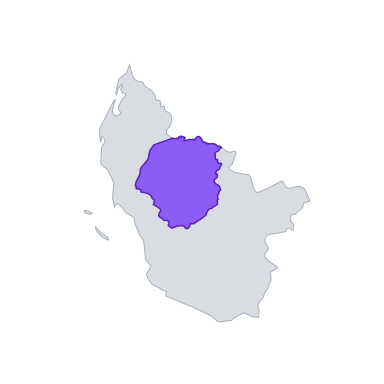 location of Olancho within Honduras, rotated 250°
{"feature_id": "HND-642", "entity_name": "Olancho", "entity_type": "Department", "adm_level": 1, "iso_a3": "HND", "parent_name": "Honduras", "parent_adm1": "", "projection": "equal_earth", "projection_center": [-86.074, 14.814], "detail": "fine", "context": "in_parent", "style": "filled", "palette": "violet", "viewbox_px": 384, "rotation_deg": 250, "n_neighbors": 0, "source": "natural_earth", "source_scale": "10m", "svg_char_len": 6461}
<svg xmlns="http://www.w3.org/2000/svg" viewBox="0 0 384 384"><g transform="rotate(250 192 192)"><path d="M332.6,176.8L320.9,175.8L315.4,177.7L313.0,182.0L311.0,183.9L309.3,183.4L305.8,185.1L300.5,188.9L295.8,190.3L291.5,189.4L290.3,190.3L290.0,191.5L289.3,192.7L287.7,193.4L285.8,193.0L283.7,191.7L282.5,192.3L282.4,194.7L281.3,195.4L279.1,194.2L276.7,195.1L274.0,198.0L270.2,198.7L265.2,197.0L261.4,193.8L258.7,189.1L255.5,187.9L249.9,191.4L247.5,195.5L247.0,198.0L247.5,200.2L246.5,201.7L243.9,202.5L241.9,205.3L240.5,210.1L240.3,213.8L241.1,216.4L239.8,218.3L236.3,219.5L232.3,223.6L227.6,230.7L222.9,235.6L218.3,238.4L216.1,241.5L216.2,244.9L216.0,245.9L215.1,246.3L213.6,246.8L204.6,239.4L202.0,234.2L199.8,235.0L197.0,237.6L193.1,243.4L188.8,251.4L186.8,252.2L176.2,251.1L170.6,251.8L169.4,252.8L168.9,255.7L169.2,259.6L170.7,273.5L171.6,279.3L170.7,281.0L167.9,281.3L164.2,282.1L162.1,284.8L161.7,287.5L161.5,291.2L160.3,295.1L158.0,298.0L155.7,299.0L143.1,299.7L143.3,293.2L139.7,290.6L137.6,285.3L135.8,281.6L136.4,279.4L136.2,276.8L131.1,274.8L126.2,276.4L123.5,275.4L121.4,274.0L125.0,270.8L125.2,268.9L124.1,267.5L122.9,266.5L123.3,262.9L124.0,258.7L126.0,248.7L125.3,247.0L122.1,244.0L118.0,243.7L113.5,244.7L111.3,243.1L109.4,239.7L106.3,238.1L100.6,240.8L94.5,244.9L92.7,246.4L91.2,246.2L90.5,243.1L90.2,239.5L89.8,238.6L86.6,237.3L82.9,236.4L81.0,235.4L79.2,232.9L74.7,229.7L73.7,227.3L67.8,221.9L66.6,219.2L65.2,217.2L62.4,214.7L60.1,215.3L52.5,212.2L51.4,211.9L52.5,209.2L54.9,205.0L60.1,200.3L60.6,196.5L59.2,189.2L57.9,184.5L58.6,182.4L60.3,173.9L61.6,171.9L69.1,167.6L69.8,167.0L75.8,161.0L82.4,154.4L89.3,147.0L96.9,138.8L101.2,134.0L103.1,132.0L107.5,133.7L111.0,129.8L113.0,128.5L117.7,123.9L119.1,122.8L126.9,120.9L130.7,121.0L134.0,125.7L136.6,128.3L141.6,126.0L145.7,125.6L162.8,129.9L169.6,128.0L182.1,127.6L187.7,128.7L195.7,122.5L200.8,121.2L206.7,118.3L205.9,115.4L204.5,114.0L213.6,115.3L227.2,121.6L241.7,120.5L246.9,117.1L250.2,116.1L265.1,122.6L269.0,127.5L272.0,128.0L274.4,126.9L275.0,125.9L272.1,124.8L270.8,123.2L282.5,126.3L304.5,149.7L305.0,151.6L295.6,144.7L290.6,145.2L289.3,146.4L289.6,150.1L290.1,151.9L292.2,152.1L293.8,151.1L297.6,152.3L300.2,154.9L303.4,158.7L305.2,162.9L307.3,163.0L309.2,160.5L313.0,160.1L315.4,163.0L317.1,162.8L314.7,158.4L309.0,154.1L310.4,153.9L323.0,161.7L326.5,171.5L329.5,173.8L332.6,176.8ZM184.9,92.5L177.7,97.3L175.4,97.2L178.7,93.5L184.1,90.4L188.6,88.8L192.3,89.5L184.9,92.5ZM209.7,87.5L206.2,91.0L205.6,89.4L207.3,86.2L209.4,84.3L211.4,84.5L210.9,85.9L209.7,87.5Z" fill="#d9dde1" stroke="#a8b0b8" stroke-width="1"/><path d="M249.2,192.0L248.5,192.9L248.1,193.8L247.8,196.1L247.7,196.5L246.8,196.9L247.0,197.5L248.3,198.6L247.3,199.9L247.0,200.4L248.2,200.4L248.1,200.6L247.9,201.4L246.2,203.5L245.3,204.1L244.5,203.3L243.8,202.3L243.0,202.0L242.6,202.9L242.4,204.6L242.3,207.7L242.2,208.1L241.1,209.5L241.1,209.9L241.2,210.8L241.1,211.2L239.9,212.5L240.6,213.1L241.4,214.1L242.0,215.3L242.1,216.7L241.5,217.7L240.6,218.4L239.5,218.9L238.3,219.2L236.6,219.2L236.2,219.3L235.1,220.0L234.7,220.1L234.4,220.5L234.2,220.9L233.9,221.4L233.8,221.8L233.7,222.0L233.0,222.0L232.8,222.0L232.3,222.6L231.8,223.5L231.4,224.4L231.1,226.0L230.7,227.2L230.2,228.3L229.7,229.2L228.5,230.4L227.7,231.0L226.1,231.6L225.8,232.4L225.7,233.4L225.3,234.2L224.5,234.6L223.7,234.7L223.1,232.7L222.9,232.5L222.6,232.1L222.2,231.8L221.8,231.4L221.6,230.9L221.5,230.3L221.5,229.6L221.3,228.3L221.0,227.6L220.6,226.9L219.9,226.1L219.5,226.0L219.3,226.0L219.2,226.5L218.8,226.5L217.0,225.8L214.9,225.2L214.6,225.2L214.4,225.5L213.9,226.9L213.7,227.1L213.4,227.2L212.8,227.1L212.3,226.8L211.7,226.2L211.3,226.1L210.9,226.2L210.7,226.4L210.5,226.6L210.3,226.7L209.9,227.0L209.7,227.2L209.6,227.4L209.5,227.7L209.5,228.3L209.4,228.6L209.3,228.9L209.1,229.1L208.7,229.3L208.1,229.3L207.8,229.2L207.3,228.7L206.4,227.1L204.7,226.0L204.3,225.7L204.1,225.2L204.0,224.6L203.8,223.8L203.6,223.0L203.0,221.8L202.5,221.2L202.0,220.9L201.2,220.7L200.9,220.7L200.7,220.9L200.6,221.1L200.4,221.6L200.2,221.8L199.9,221.9L198.7,221.5L197.4,220.9L197.1,220.4L195.9,217.6L195.5,216.9L195.1,216.7L194.5,216.5L193.3,216.5L192.9,216.6L192.0,216.9L191.3,217.3L190.8,217.7L190.6,217.8L190.3,218.0L190.1,218.2L189.7,218.7L188.6,219.6L188.3,219.7L187.8,219.8L184.5,219.6L184.0,219.4L183.8,219.1L183.6,218.3L183.4,217.9L183.1,217.6L182.3,216.8L181.2,216.4L181.1,216.2L180.2,215.0L177.6,214.1L176.7,214.0L176.3,214.1L176.1,214.0L176.0,213.7L175.7,213.1L175.3,212.4L175.1,212.3L174.9,212.2L174.4,212.3L174.1,212.5L173.7,212.6L173.4,212.5L171.5,211.4L171.5,210.6L171.0,208.5L170.8,207.7L170.7,206.8L170.6,206.3L170.1,205.4L170.0,204.8L169.9,204.3L170.1,203.3L170.2,202.2L169.3,200.8L167.7,198.9L167.3,198.3L166.4,198.0L166.0,197.6L165.4,196.7L164.9,195.4L163.5,190.8L163.1,188.6L162.8,187.9L162.6,187.3L162.5,185.6L162.3,185.0L162.0,184.3L161.9,183.9L161.6,182.6L162.0,182.1L162.4,180.4L162.8,180.0L162.7,179.8L162.6,179.6L161.9,179.2L161.4,178.4L160.3,177.7L159.9,177.2L159.4,176.4L159.3,176.0L159.2,175.4L159.8,173.9L160.0,173.7L160.2,173.4L160.4,173.4L160.8,173.5L162.2,173.0L163.1,172.0L163.7,171.4L164.0,170.8L164.1,170.3L164.1,170.0L164.1,169.6L164.2,169.1L164.4,168.6L164.7,167.9L164.8,167.6L164.8,167.3L164.8,167.1L164.8,166.9L165.2,165.9L164.8,162.2L164.8,161.7L165.0,160.9L165.1,160.6L165.3,160.5L165.6,160.4L166.3,159.9L166.5,159.8L166.9,159.4L167.0,159.0L169.1,158.4L170.5,159.8L170.8,160.0L171.3,160.1L172.2,160.1L172.5,160.0L172.8,159.8L173.3,159.3L173.7,159.1L174.0,158.3L174.4,157.7L174.8,156.2L175.0,155.8L175.2,155.6L175.4,155.6L175.6,155.7L175.9,155.7L176.2,155.5L180.0,152.8L180.6,152.6L181.1,152.6L182.2,153.1L182.8,153.5L183.4,154.0L183.8,154.5L184.2,155.0L184.4,155.5L184.6,155.8L184.8,156.1L185.4,156.3L186.4,156.4L187.0,156.3L188.2,155.5L190.7,153.6L191.3,153.3L193.3,151.4L196.1,153.3L197.1,153.6L198.2,153.3L199.0,152.8L199.8,152.6L200.2,152.3L201.0,152.2L201.4,152.2L201.8,152.4L202.1,152.6L202.4,152.6L202.6,152.2L205.2,150.4L208.0,146.9L209.1,144.5L209.3,144.2L209.6,144.0L209.9,144.1L210.2,144.2L210.7,144.6L211.2,144.7L212.1,144.0L213.1,142.9L213.5,142.4L213.6,141.9L213.5,141.4L214.5,140.7L214.8,140.8L215.1,140.9L215.4,141.3L215.8,141.5L216.2,141.4L216.6,141.2L217.0,140.9L218.0,141.2L221.6,143.8L226.3,149.0L231.2,151.4L232.8,153.1L235.2,157.7L237.8,161.9L238.6,162.5L244.9,166.2L246.4,168.0L249.2,172.1L249.2,177.5L249.2,192.0L249.2,192.0Z" fill="#8b5cf6" stroke="#5b21b6" stroke-width="1.5"/></g></svg>